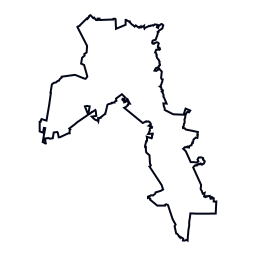 Salvador Alvarado, Sinaloa, Mexico (Natural Earth projection)
{"feature_id": "50627088B8261006945538", "entity_name": "Salvador Alvarado", "entity_type": "district", "adm_level": 2, "iso_a3": "MEX", "parent_name": "Mexico", "parent_adm1": "Sinaloa", "projection": "natural_earth1", "projection_center": [-108.084, 25.381], "detail": "fine", "context": "isolated", "style": "outline", "palette": "ink", "viewbox_px": 256, "rotation_deg": 0, "n_neighbors": 0, "source": "geoboundaries", "source_scale": "gbopen_adm2", "svg_char_len": 5737}
<svg xmlns="http://www.w3.org/2000/svg" viewBox="0 0 256 256"><path d="M174.6,226.3L176.2,233.5L176.9,233.7L177.5,234.1L178.1,234.8L178.9,236.4L179.5,236.4L180.1,237.5L180.4,236.9L183.2,238.6L182.9,240.5L183.4,240.6L184.9,240.5L185.5,240.4L186.2,239.9L186.6,239.9L187.6,240.5L188.0,235.0L188.5,229.5L189.2,225.7L189.2,222.1L190.0,216.9L190.4,213.4L197.8,213.7L215.7,213.6L216.3,201.5L215.1,201.7L213.7,201.5L213.9,200.6L213.5,199.3L213.8,198.3L212.6,197.5L212.0,197.2L211.9,198.2L211.7,198.5L210.6,198.7L209.8,195.9L209.1,196.1L208.7,196.0L206.6,196.7L206.8,196.2L206.1,196.2L204.6,196.8L204.1,196.5L204.4,195.4L204.3,194.1L204.6,192.9L202.8,193.7L202.0,191.8L201.8,190.9L200.7,189.2L200.7,188.6L201.1,185.2L201.0,184.7L193.2,167.5L193.9,166.4L194.5,166.1L195.2,165.3L195.7,165.2L196.2,165.5L196.6,165.5L197.0,165.4L197.1,164.6L197.5,164.4L197.7,164.7L197.9,164.6L197.9,164.2L198.7,163.9L199.7,164.3L200.5,163.5L201.0,163.6L201.4,164.5L202.0,164.7L203.0,163.9L203.8,163.7L204.6,161.9L204.7,161.2L203.9,160.6L203.8,160.2L203.6,160.1L203.0,159.6L203.2,158.9L203.1,158.1L201.2,157.4L198.7,157.5L197.5,159.5L198.2,160.8L198.4,161.5L196.9,162.2L195.9,162.5L194.7,162.2L190.7,162.1L185.9,151.5L185.2,150.6L183.2,148.8L184.8,147.2L185.9,147.4L186.3,147.0L187.4,146.6L187.7,147.3L189.0,147.5L189.0,146.4L190.7,145.4L191.5,145.2L192.3,142.5L192.9,142.7L193.5,139.6L195.7,137.6L197.4,137.9L197.8,134.9L197.3,134.8L197.9,132.0L185.8,129.5L184.7,128.3L183.6,128.2L183.0,128.0L183.0,127.0L183.4,127.0L183.5,126.4L183.9,125.1L183.8,124.4L184.1,123.5L184.5,123.1L184.7,121.7L184.5,120.0L184.5,119.2L185.1,117.9L185.4,115.5L186.0,113.8L187.4,111.8L189.1,112.3L190.2,110.5L185.6,108.6L183.6,114.7L173.3,114.3L164.8,110.0L164.5,107.6L163.9,106.6L163.4,103.4L166.6,103.6L164.0,97.5L163.4,96.7L163.6,95.6L163.4,95.0L163.4,94.4L162.4,92.2L161.9,91.8L162.6,91.4L163.0,90.8L162.8,90.3L162.7,90.2L162.3,90.3L161.5,89.6L161.7,89.3L161.0,87.2L160.2,86.7L160.9,86.5L160.5,85.7L161.4,84.3L161.6,83.2L162.1,82.0L162.7,79.4L161.7,79.1L161.4,78.7L161.1,77.7L161.8,71.6L159.2,68.8L158.7,68.9L158.6,69.3L157.4,70.2L156.2,70.9L154.5,70.6L155.8,68.2L157.0,67.8L158.9,66.7L158.9,66.0L160.0,65.1L159.9,64.3L159.6,64.2L159.4,62.2L159.6,61.6L158.9,60.6L158.9,60.1L157.3,58.2L156.4,55.9L156.8,55.0L156.3,54.1L156.1,53.2L155.1,52.5L156.2,49.8L158.4,49.6L159.4,49.8L160.0,49.3L159.8,48.4L159.4,47.6L157.9,47.5L157.9,46.0L158.8,43.5L157.8,42.5L156.6,42.3L155.1,42.8L154.5,43.5L154.0,43.3L153.5,43.8L152.7,43.6L152.2,43.0L152.2,42.3L152.6,40.8L153.0,40.5L154.2,40.1L155.6,39.8L157.5,34.7L157.8,33.3L157.7,32.0L158.5,32.0L158.7,30.8L162.2,28.6L162.5,28.1L162.7,26.8L163.3,25.3L162.5,24.5L161.4,24.0L158.8,25.8L158.1,27.9L156.9,27.2L157.8,25.0L157.3,24.8L154.8,24.4L153.4,25.6L152.7,25.2L151.1,25.7L150.5,25.6L150.0,26.1L148.9,25.9L148.5,26.3L145.4,27.6L144.5,28.6L143.8,26.4L143.9,25.9L142.8,26.7L142.3,26.6L141.3,27.3L140.9,26.4L140.2,27.2L139.6,27.1L139.4,26.9L139.0,27.1L138.9,27.6L138.1,27.2L135.8,25.4L134.6,26.6L133.4,25.4L132.5,24.9L131.6,24.2L130.9,23.4L129.4,22.0L129.7,21.5L128.1,21.1L125.9,19.8L125.6,19.9L125.6,24.8L116.0,28.8L115.6,19.4L115.3,19.4L114.9,18.7L113.4,18.8L113.3,19.5L112.9,19.5L99.7,20.0L99.5,19.9L99.5,18.6L97.6,18.6L97.5,20.1L96.0,20.0L94.1,17.6L93.3,18.2L90.7,15.4L90.0,15.7L89.9,15.5L88.9,16.3L88.8,17.3L88.1,17.7L88.1,18.1L87.6,18.8L87.4,19.0L87.1,18.6L86.9,18.8L86.7,18.6L79.9,25.3L79.7,25.8L78.9,26.2L78.0,26.4L77.4,27.0L87.1,45.9L86.6,52.5L84.3,54.0L84.6,55.6L82.1,57.7L81.1,63.6L84.1,65.0L86.8,74.6L87.3,76.5L87.2,76.8L85.6,78.8L84.4,78.6L75.7,75.1L74.7,74.9L61.7,76.7L61.6,77.6L59.8,79.1L58.9,80.7L57.7,80.9L56.1,82.4L54.0,82.8L52.9,83.5L51.9,84.4L50.5,92.7L50.9,92.8L49.2,104.7L46.5,120.6L41.5,119.1L40.9,120.5L40.6,121.8L39.7,121.8L39.7,131.4L43.1,132.7L43.9,127.9L45.2,128.1L42.7,142.0L45.1,143.3L45.5,143.5L45.8,143.4L45.2,141.4L45.9,141.8L45.2,141.1L45.2,138.4L46.3,138.4L48.4,138.0L49.8,138.7L52.8,138.2L53.7,132.5L57.2,132.0L57.9,133.1L58.7,137.3L58.9,137.3L60.2,137.1L68.1,133.4L69.7,133.3L69.7,132.8L69.5,132.4L69.7,130.1L70.3,129.5L69.3,128.5L74.7,124.4L77.4,122.1L88.2,114.7L84.9,106.4L87.0,105.9L89.7,106.4L88.5,113.0L89.0,114.2L90.1,113.6L91.6,112.1L91.8,112.3L95.3,110.0L95.7,110.7L96.3,115.9L91.8,116.6L93.4,118.3L95.0,119.6L96.2,120.2L96.5,120.1L97.5,120.6L97.9,120.6L98.3,121.4L98.7,118.8L98.2,118.8L98.1,118.1L98.7,118.0L98.9,118.0L100.7,117.8L100.7,117.3L105.0,114.0L105.2,113.4L105.4,113.5L107.4,104.9L108.3,104.2L111.8,103.3L111.8,102.8L114.5,102.5L114.4,102.1L115.2,101.3L116.4,100.9L116.0,98.6L121.9,94.2L125.1,97.4L124.3,99.3L124.2,99.7L123.1,99.5L123.2,98.9L122.6,98.8L122.4,99.3L122.6,99.5L122.8,99.8L122.7,100.1L122.8,100.2L122.9,99.9L124.3,100.3L124.2,102.3L125.4,102.0L126.4,100.3L126.8,100.5L127.2,99.4L126.8,99.2L127.0,98.8L127.8,99.5L128.0,101.1L127.7,101.6L128.1,102.0L128.6,101.4L129.9,103.7L128.8,103.7L127.7,104.5L127.9,105.3L125.7,107.1L124.2,107.8L142.8,123.0L146.2,121.3L146.6,121.7L148.6,121.4L149.8,122.3L150.9,124.1L148.8,125.8L150.0,126.1L151.0,126.0L152.1,127.0L151.8,127.8L151.1,127.5L150.9,127.9L150.3,127.9L149.9,128.6L149.7,129.0L149.9,130.7L149.0,132.2L148.8,133.0L148.2,134.0L152.7,133.6L152.6,134.9L151.9,135.8L152.1,137.0L152.0,137.5L151.6,138.3L146.8,136.8L147.0,137.6L147.0,140.5L146.6,141.5L146.1,141.4L146.0,142.3L145.0,146.1L145.1,147.1L145.9,147.0L145.9,150.4L146.3,152.5L149.5,155.3L150.0,163.7L150.8,165.2L150.7,165.4L150.4,165.5L150.1,166.6L149.6,166.7L161.6,185.0L163.1,189.5L160.6,190.9L155.6,192.4L155.2,193.7L152.9,195.5L151.8,195.3L150.8,195.3L149.7,196.2L148.9,196.3L148.0,196.6L148.0,198.0L149.2,197.7L150.3,198.9L150.0,199.6L157.3,205.6L165.0,205.6L165.2,204.7L166.2,204.3L168.0,205.1L172.6,219.1L175.6,224.6L174.6,226.3Z" fill="none" stroke="#020617" stroke-width="2"/></svg>